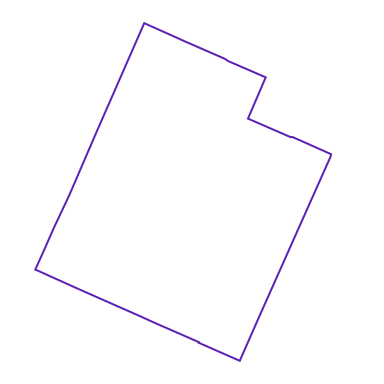 the district of Sedgwick, Kansas, United States of America, rotated 114°
{"feature_id": "52423323B55093132194862", "entity_name": "Sedgwick", "entity_type": "district", "adm_level": 2, "iso_a3": "USA", "parent_name": "United States of America", "parent_adm1": "Kansas", "projection": "natural_earth1", "projection_center": [-97.425, 37.693], "detail": "fine", "context": "isolated", "style": "outline", "palette": "violet", "viewbox_px": 384, "rotation_deg": 114, "n_neighbors": 0, "source": "geoboundaries", "source_scale": "gbopen_adm2", "svg_char_len": 492}
<svg xmlns="http://www.w3.org/2000/svg" viewBox="0 0 384 384"><g transform="rotate(114 192 192)"><path d="M57.2,304.3L177.8,303.6L245.3,302.8L275.3,303.5L282.4,303.6L304.1,303.5L326.6,303.6L326.7,281.2L326.8,258.8L326.7,214.1L326.6,199.1L326.6,184.2L326.7,176.7L326.7,169.2L326.4,124.5L327.0,124.5L326.8,79.7L281.3,79.9L102.8,79.8L100.9,80.4L100.9,122.5L101.8,124.5L102.2,170.7L57.3,171.3L57.7,212.2L57.0,215.9L57.3,259.4L57.2,304.3Z" fill="none" stroke="#5b21b6" stroke-width="2"/></g></svg>